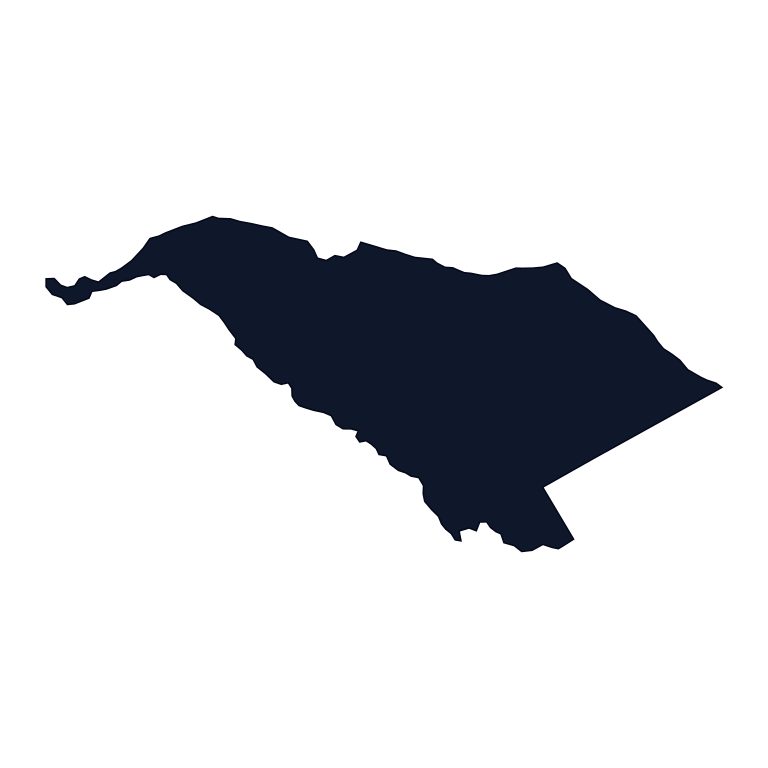 Itambé, Pernambuco, Brazil
{"feature_id": "56859067B35011638421862", "entity_name": "Itambé", "entity_type": "district", "adm_level": 2, "iso_a3": "BRA", "parent_name": "Brazil", "parent_adm1": "Pernambuco", "projection": "mercator", "projection_center": [-35.181, -7.461], "detail": "fine", "context": "isolated", "style": "filled", "palette": "ink", "viewbox_px": 768, "rotation_deg": 0, "n_neighbors": 0, "source": "geoboundaries", "source_scale": "gbopen_adm2", "svg_char_len": 2070}
<svg xmlns="http://www.w3.org/2000/svg" viewBox="0 0 768 768"><path d="M52.3,294.4L62.0,297.7L67.4,304.5L74.5,303.8L89.0,298.1L91.9,291.3L99.6,290.3L106.2,289.1L116.4,285.5L121.6,281.2L129.5,280.0L136.7,276.7L143.2,275.4L148.8,274.5L154.0,277.5L160.6,274.3L166.6,274.5L170.1,279.6L176.4,283.3L182.8,290.7L188.8,295.0L193.4,298.3L200.6,304.4L209.3,309.0L219.0,315.4L224.1,322.2L229.3,330.0L235.9,338.6L235.1,344.6L241.7,350.1L246.8,355.9L253.1,359.3L257.1,366.9L265.5,373.6L274.0,381.8L281.3,384.3L288.3,382.8L291.9,388.3L292.1,396.0L295.0,401.3L299.1,405.6L305.5,407.8L313.7,410.3L323.6,412.4L331.3,415.7L336.0,424.5L343.0,428.8L351.2,428.9L358.4,430.9L356.0,436.5L359.7,442.0L366.0,440.7L370.9,443.8L376.3,448.6L379.0,454.5L386.5,455.8L390.2,464.2L398.4,470.4L405.6,472.8L411.0,476.1L418.7,477.6L423.5,485.6L423.2,493.8L424.7,501.4L431.6,509.6L438.5,516.4L441.6,524.0L445.8,529.2L451.2,533.5L455.2,539.9L461.0,540.9L459.1,531.0L469.1,528.0L476.3,530.8L479.7,522.0L486.7,521.9L490.4,527.4L495.8,531.6L501.0,533.9L503.9,542.7L514.2,545.6L521.7,551.5L532.1,550.3L542.9,544.4L552.3,547.5L558.4,548.7L563.2,545.8L573.6,539.2L542.7,487.2L593.7,458.4L721.9,387.4L716.1,383.2L706.8,380.1L700.5,377.1L687.7,369.7L679.8,360.2L672.3,354.5L663.4,348.7L657.6,341.7L653.7,335.5L636.0,315.8L625.8,311.1L614.9,307.8L600.1,300.2L587.7,289.5L571.3,278.6L565.0,268.3L557.2,263.0L542.9,267.2L532.9,268.1L522.1,268.3L516.0,268.1L497.2,274.3L489.2,275.7L481.8,275.5L470.9,273.3L464.3,272.7L457.7,270.0L452.8,267.8L444.9,267.3L436.7,263.0L432.5,259.3L414.7,257.4L404.4,254.1L396.0,251.0L386.9,250.0L360.8,242.2L357.2,250.2L343.9,257.4L334.9,255.6L326.3,260.5L317.4,258.1L313.7,249.8L307.3,241.3L288.8,237.3L272.2,227.9L262.0,226.0L251.7,223.7L239.6,221.5L230.5,218.8L218.4,218.4L212.6,216.5L196.1,223.0L182.4,226.4L166.0,232.7L158.9,236.1L150.0,238.5L143.2,248.3L131.6,260.7L121.6,268.1L115.6,271.6L110.1,273.0L98.6,282.1L91.5,280.0L84.7,276.7L79.3,279.0L74.8,285.8L67.2,287.6L60.6,285.2L54.2,278.5L46.1,278.8L46.1,286.8L52.3,294.4Z" fill="#0f172a" stroke="#020617" stroke-width="1.5"/></svg>